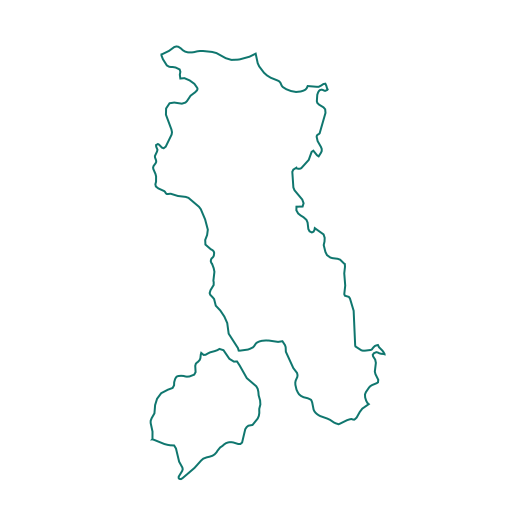 SVG path tracing the border of Tirol, rotated 85°
{"feature_id": "AUT-2329", "entity_name": "Tirol", "entity_type": "State", "adm_level": 1, "iso_a3": "AUT", "parent_name": "Austria", "parent_adm1": "", "projection": "mercator", "projection_center": [11.6, 47.192], "detail": "fine", "context": "isolated", "style": "outline", "palette": "teal", "viewbox_px": 512, "rotation_deg": 85, "n_neighbors": 0, "source": "natural_earth", "source_scale": "10m", "svg_char_len": 5230}
<svg xmlns="http://www.w3.org/2000/svg" viewBox="0 0 512 512"><g transform="rotate(85 256 256)"><path d="M48.0,332.7L46.9,332.6L46.8,331.9L44.1,324.8L40.7,319.2L40.3,317.0L40.8,315.1L42.7,312.7L44.6,311.0L46.2,308.8L47.2,306.1L47.6,302.2L47.5,299.9L47.0,296.8L46.9,294.1L47.2,290.7L48.9,281.9L50.4,277.7L56.3,268.9L58.5,263.4L58.8,257.2L58.7,255.0L56.9,245.1L54.4,238.7L64.1,237.5L67.4,236.3L74.1,232.1L77.0,229.4L79.7,225.8L83.1,219.1L84.0,217.7L85.5,216.6L88.7,215.5L90.0,214.6L92.5,211.3L94.7,206.8L96.1,201.8L96.0,197.1L95.4,194.3L94.6,192.3L93.3,190.9L91.2,189.7L92.7,180.9L92.9,178.8L91.9,176.3L90.6,173.9L90.4,171.9L92.6,171.1L95.2,170.6L96.3,170.1L96.8,170.6L97.5,172.6L97.3,173.5L96.6,174.6L96.0,176.0L96.3,177.9L97.1,178.9L98.3,179.8L100.7,180.9L107.1,181.9L108.8,181.6L110.7,180.0L113.8,175.8L115.9,174.3L119.5,174.3L139.3,181.9L139.9,182.6L140.4,183.7L141.2,184.8L142.5,185.2L146.9,184.6L153.0,181.8L155.1,181.2L157.2,181.4L158.8,182.3L162.2,184.9L161.0,186.4L156.1,189.7L157.1,191.5L164.9,195.1L172.4,203.2L172.8,204.2L172.9,205.7L172.5,207.2L172.1,208.3L171.7,208.3L173.2,211.3L175.3,212.5L191.0,212.8L193.9,211.9L203.8,205.0L207.6,204.0L210.8,205.3L210.4,211.4L214.0,211.8L217.3,210.3L219.5,208.0L221.5,205.3L224.4,202.6L227.2,201.7L233.7,201.5L236.1,200.5L237.4,198.3L236.8,196.6L235.2,195.5L233.4,195.0L240.4,186.8L243.9,186.0L247.6,186.5L251.0,187.6L258.0,186.5L261.3,185.2L264.0,182.1L264.8,180.0L265.9,174.9L267.0,172.5L271.2,168.9L271.7,168.2L274.5,168.3L281.0,169.6L293.3,169.7L301.7,171.4L303.3,170.9L304.8,167.1L306.5,166.1L319.1,163.5L353.6,165.0L354.8,164.8L359.1,159.3L359.6,157.9L359.8,155.8L359.6,149.8L359.1,148.6L358.4,148.1L357.1,146.8L356.0,145.4L355.6,144.1L355.3,142.3L357.6,141.4L361.3,138.3L362.6,137.5L364.8,136.5L365.1,136.5L364.7,137.5L364.3,139.9L363.7,141.6L362.8,143.0L362.3,144.5L363.1,147.0L364.6,148.3L366.2,148.1L369.6,146.3L372.9,145.9L381.5,147.7L384.1,147.3L390.0,145.0L392.5,145.5L393.2,146.8L394.7,151.6L395.6,153.4L396.8,154.8L401.2,158.4L403.4,159.5L406.4,159.6L409.6,158.9L412.0,157.9L413.4,156.6L417.3,163.4L420.4,166.2L425.7,169.8L427.0,171.4L427.6,172.4L427.4,173.5L426.7,175.2L426.9,177.0L427.5,179.6L430.4,187.1L430.8,188.5L430.4,189.3L429.7,191.0L428.7,192.8L425.7,196.5L424.2,199.1L421.0,206.1L419.9,207.7L418.7,209.1L417.4,210.3L415.9,211.3L414.1,212.0L406.8,212.8L405.3,213.2L404.1,213.7L403.3,214.9L402.2,216.9L400.8,221.0L399.3,223.4L397.5,225.2L395.6,226.2L392.7,227.3L387.8,228.0L385.5,227.9L383.5,227.3L380.1,225.4L378.3,225.0L376.1,225.3L370.9,228.6L354.0,234.6L349.4,234.4L347.3,234.9L343.2,237.1L343.5,241.5L341.4,250.3L341.0,253.5L341.0,257.6L341.4,260.0L342.2,262.3L343.1,263.7L345.6,265.7L346.7,266.9L347.9,270.0L348.5,272.2L348.9,280.4L348.7,281.4L348.7,281.5L346.2,282.0L331.0,290.0L320.3,290.5L313.6,292.8L307.2,296.3L302.0,300.4L295.2,301.5L293.6,302.6L290.6,305.0L288.9,305.4L286.1,304.3L281.2,300.7L278.3,300.4L277.2,300.6L276.1,300.5L275.9,300.4L268.1,298.8L264.5,299.2L260.1,300.4L260.1,300.5L258.7,301.2L257.2,301.5L255.9,301.2L254.6,300.5L253.8,299.4L253.0,298.6L252.0,298.0L249.3,297.4L247.8,297.7L246.5,298.7L245.3,300.4L245.3,300.5L240.2,305.4L235.6,305.2L230.9,302.9L225.6,301.7L215.1,303.5L204.6,306.9L202.0,308.5L192.2,318.2L191.0,320.9L189.4,328.6L186.6,335.4L186.5,336.2L186.6,338.5L186.4,339.6L185.7,340.3L184.1,341.1L183.4,341.7L180.1,347.5L178.0,349.7L175.8,350.0L173.3,349.1L168.0,348.6L165.5,349.0L160.4,350.7L158.9,350.8L157.4,350.2L154.8,347.9L153.5,347.2L152.0,347.2L149.1,348.0L147.6,348.0L143.3,345.5L141.6,344.9L138.4,345.9L136.8,345.9L135.9,344.0L136.6,342.9L139.9,340.2L140.6,338.6L139.2,336.4L127.7,329.5L125.4,328.9L122.7,329.2L107.4,333.4L101.2,332.7L96.3,328.8L96.0,324.1L97.8,316.6L97.0,312.9L95.7,311.3L90.6,307.2L87.4,302.1L85.9,300.5L85.9,300.4L85.1,299.9L84.2,299.7L83.4,299.9L79.1,302.4L75.3,306.8L72.6,311.8L72.6,315.9L68.8,316.1L65.9,315.3L63.5,315.8L61.2,319.7L60.5,322.4L60.3,324.3L59.9,326.0L58.4,328.2L51.8,331.6L48.0,332.7ZM399.3,370.1L395.7,369.5L389.6,367.0L384.4,362.4L381.5,355.4L380.2,350.6L377.7,348.9L374.6,348.5L371.5,347.3L370.0,346.3L369.2,345.4L368.8,343.9L368.8,341.1L369.2,338.6L369.8,337.0L370.2,335.4L370.2,332.7L368.8,327.9L366.4,326.3L360.1,326.1L358.0,325.3L357.1,324.2L356.3,322.9L354.6,321.1L352.9,320.3L349.4,319.6L347.8,319.0L350.0,316.8L350.0,314.8L349.0,312.7L348.0,310.2L347.1,305.2L346.4,302.6L345.4,300.5L347.0,296.6L356.1,291.5L359.3,287.2L359.4,284.1L363.5,281.9L376.9,275.8L385.8,267.1L388.4,265.9L391.5,265.5L395.0,265.5L400.3,264.5L404.3,264.6L408.6,266.1L412.7,266.4L415.5,267.1L418.1,268.5L424.0,274.2L424.4,278.4L425.6,280.2L427.6,281.8L440.6,286.1L441.9,287.9L441.7,290.2L439.8,294.8L439.4,296.4L439.2,298.0L439.2,298.9L439.3,300.0L439.8,302.1L440.8,304.0L442.3,306.0L443.6,308.4L446.6,311.3L448.1,312.4L450.0,314.5L451.2,316.8L451.9,319.8L452.3,322.7L453.3,326.2L454.9,328.4L461.8,335.8L470.8,348.4L471.7,350.1L471.6,350.8L471.5,351.3L471.2,351.9L470.7,352.3L470.2,352.4L469.0,352.2L463.6,348.2L462.0,347.6L460.3,347.8L454.2,350.5L440.8,352.5L437.6,354.1L437.1,357.9L436.4,360.6L435.3,363.7L430.3,373.5L429.6,375.2L429.6,375.3L429.4,375.1L421.9,374.4L413.2,375.5L411.0,375.3L408.5,374.1L403.9,370.9L399.3,370.1Z" fill="none" stroke="#0f766e" stroke-width="2"/></g></svg>